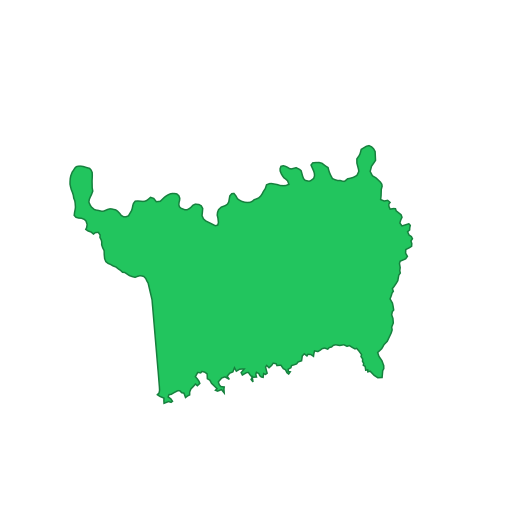 Bituruna, Paraná, Brazil (Natural Earth projection), rotated 329°
{"feature_id": "56859067B61553011926600", "entity_name": "Bituruna", "entity_type": "district", "adm_level": 2, "iso_a3": "BRA", "parent_name": "Brazil", "parent_adm1": "Paraná", "projection": "natural_earth1", "projection_center": [-51.539, -26.148], "detail": "fine", "context": "isolated", "style": "filled", "palette": "green", "viewbox_px": 512, "rotation_deg": 329, "n_neighbors": 0, "source": "geoboundaries", "source_scale": "gbopen_adm2", "svg_char_len": 5726}
<svg xmlns="http://www.w3.org/2000/svg" viewBox="0 0 512 512"><g transform="rotate(329 256 256)"><path d="M190.3,358.0L194.1,360.0L194.9,357.3L196.5,355.9L197.9,358.3L197.6,360.4L198.2,362.4L199.6,363.7L202.0,360.7L203.1,362.4L205.2,362.2L206.0,359.3L207.0,356.1L208.8,355.3L209.6,358.5L213.1,357.8L215.5,356.7L217.8,358.7L217.5,360.7L221.1,362.4L221.4,366.6L222.7,368.8L222.4,371.9L223.2,374.0L225.7,372.9L224.2,371.6L225.3,369.6L228.4,369.7L230.0,368.2L231.9,368.7L235.2,369.4L237.5,368.5L241.1,369.3L244.2,365.5L247.0,364.7L248.2,367.9L249.9,367.0L252.3,368.7L253.6,371.6L255.3,369.5L257.3,367.5L259.8,369.8L262.3,369.8L265.0,369.5L267.5,370.3L269.5,372.8L271.7,372.2L273.9,372.9L276.3,372.4L278.7,373.2L281.6,375.8L285.6,377.3L287.5,380.3L289.9,380.9L291.3,383.7L293.0,386.6L294.7,387.0L295.3,390.4L295.7,394.9L294.2,396.3L294.4,399.2L293.0,401.2L293.1,403.4L291.7,404.9L292.7,406.8L291.2,410.4L293.1,411.1L292.2,412.9L294.5,413.6L295.8,419.2L297.7,423.1L301.5,425.1L302.9,423.2L305.6,419.5L307.5,418.4L309.0,415.8L310.0,410.7L309.7,405.2L310.6,401.4L312.5,401.0L316.0,400.2L317.7,399.3L320.1,397.9L324.6,396.7L332.4,391.5L334.6,389.5L335.7,386.8L339.2,384.1L341.2,380.1L342.0,376.3L344.2,373.9L346.2,373.2L347.7,369.5L348.7,366.6L348.8,361.8L351.5,359.7L353.7,357.7L355.5,357.0L356.1,354.2L358.3,353.4L362.0,351.7L364.8,350.2L368.5,346.0L370.9,344.9L371.7,342.6L373.6,340.2L375.1,336.3L376.8,334.7L380.5,335.2L382.8,335.5L385.6,334.3L385.7,330.6L387.7,327.6L391.9,327.9L394.4,327.8L395.9,325.7L396.6,322.9L399.0,321.8L399.2,319.4L398.0,316.9L398.4,313.3L401.1,312.8L402.3,311.0L404.0,309.2L403.6,307.1L396.6,305.4L396.3,301.8L398.7,299.6L401.1,298.0L401.6,295.3L399.4,289.5L399.9,287.3L398.4,286.2L395.1,284.9L395.5,281.8L396.6,279.9L398.5,279.1L397.5,276.1L394.2,274.9L391.9,271.8L394.2,268.8L397.7,263.4L400.0,261.2L400.8,259.3L400.7,256.7L399.1,250.9L397.1,247.2L397.4,242.3L401.3,238.5L404.5,237.1L407.7,235.6L411.9,227.8L412.0,224.6L411.3,222.0L409.7,219.6L407.1,218.8L401.1,218.8L399.3,220.6L397.8,222.0L396.1,223.1L392.5,224.7L391.4,226.5L390.3,228.4L388.5,234.5L387.7,236.4L384.4,238.7L382.7,238.9L379.8,238.7L377.9,238.2L376.2,237.7L374.3,237.0L370.4,237.6L368.8,236.6L367.0,234.6L365.0,233.5L362.9,231.2L361.4,229.0L361.6,225.0L362.0,222.1L362.6,219.6L363.3,217.3L362.0,214.8L360.3,210.5L358.3,208.4L355.6,206.8L352.6,205.4L350.0,206.4L349.1,213.4L348.5,215.4L347.4,217.5L345.4,219.2L341.9,219.6L340.0,219.3L337.1,216.5L336.6,214.2L337.1,211.5L338.6,206.2L338.0,204.3L335.9,201.0L331.2,199.6L329.8,198.4L328.5,195.9L327.3,194.2L325.9,192.7L323.6,192.0L321.6,193.6L320.5,195.6L320.0,198.6L320.0,201.1L320.2,203.3L321.1,205.4L321.8,207.9L321.1,211.5L317.9,211.0L315.8,209.9L313.1,208.1L311.0,205.7L306.5,201.8L304.8,200.9L301.7,200.4L300.2,201.7L298.7,203.0L295.4,204.6L293.7,205.7L291.0,207.0L288.3,207.6L285.2,207.2L283.4,206.8L281.2,207.2L278.7,207.0L276.2,205.7L274.1,204.2L271.9,201.8L270.5,199.5L269.6,197.4L269.7,194.0L269.3,191.0L267.3,190.1L264.5,191.0L260.5,195.6L258.2,196.9L255.6,197.0L251.4,196.2L247.8,197.0L245.5,198.8L243.8,201.0L242.9,203.9L241.0,208.0L239.1,209.8L236.7,209.1L234.6,205.7L231.0,200.1L230.1,197.2L230.5,193.6L232.5,191.0L234.8,187.8L234.9,184.8L233.6,182.5L230.7,180.3L228.1,180.0L225.3,180.8L223.3,181.0L220.8,180.9L218.8,179.7L216.2,176.3L215.7,174.4L216.2,172.4L217.5,170.6L219.2,168.9L220.4,167.2L220.9,164.5L220.1,162.0L218.6,160.7L216.6,159.4L214.6,158.6L212.1,158.3L209.8,158.3L207.8,158.5L202.1,159.8L198.5,158.1L198.0,154.0L195.8,151.4L193.1,151.9L190.7,152.1L188.9,151.8L187.2,151.0L183.1,148.0L180.7,146.8L178.1,147.8L176.5,149.2L174.4,151.5L172.7,153.0L167.3,155.9L164.7,155.4L162.7,154.2L161.4,151.8L161.1,149.2L160.4,146.2L159.5,144.2L158.0,142.8L156.7,141.5L155.2,140.4L152.9,139.7L148.6,139.1L146.9,138.3L144.5,135.9L142.6,134.3L141.3,132.8L140.1,129.1L140.1,126.7L140.5,123.7L142.3,121.6L144.3,120.1L146.5,118.7L149.5,116.3L150.7,113.2L154.2,107.1L155.9,104.6L157.3,102.4L158.6,100.0L158.9,97.5L158.5,95.2L156.5,93.1L154.1,90.4L151.9,88.6L149.9,87.5L148.0,86.9L146.1,87.3L144.0,88.4L141.7,89.4L138.5,91.9L136.7,93.9L134.9,96.5L133.6,98.6L132.8,100.8L131.9,103.8L131.4,106.9L130.7,109.8L129.6,112.5L129.1,115.4L128.2,117.6L126.4,121.1L125.2,122.7L123.1,125.0L121.1,127.5L121.6,130.1L123.5,132.1L125.8,133.7L127.7,136.2L128.3,138.4L127.5,142.0L125.5,144.4L123.8,145.5L124.9,148.0L127.0,150.6L128.0,153.5L130.3,153.2L133.0,154.5L133.2,157.7L131.8,159.7L131.6,162.5L131.0,164.5L129.5,166.9L128.8,170.1L128.6,173.2L126.6,176.7L124.9,180.3L124.4,183.5L125.4,186.2L127.0,188.3L128.3,190.8L130.3,193.3L131.4,196.3L132.5,198.6L133.2,201.2L135.0,202.5L137.4,207.6L139.3,209.9L141.4,212.0L143.9,212.4L146.4,213.1L148.0,214.4L149.3,215.8L149.9,218.4L149.6,221.4L149.6,223.6L144.3,240.1L142.0,244.7L141.1,246.6L113.8,302.2L112.6,304.7L105.7,318.6L104.2,321.4L102.5,323.4L100.0,324.1L101.4,327.0L103.9,330.4L102.5,332.6L101.3,334.9L106.0,335.7L107.9,337.7L109.6,337.5L109.4,334.4L108.1,331.6L110.0,330.0L112.0,330.9L115.4,330.9L119.7,331.2L121.3,332.3L121.9,334.9L123.6,336.5L122.7,341.0L125.4,340.7L127.6,340.9L129.1,338.4L131.8,336.4L134.6,335.7L138.2,334.6L138.9,337.0L142.2,336.3L142.6,333.9L142.4,331.0L141.9,328.2L146.1,325.8L148.4,327.7L150.2,327.1L152.2,329.1L153.4,331.9L151.1,336.1L152.5,338.7L152.3,342.2L154.3,349.7L152.1,350.2L153.4,352.0L155.4,352.4L157.6,352.7L158.2,357.0L160.0,353.5L161.3,351.9L158.6,349.8L158.2,347.5L158.9,344.5L163.8,342.9L167.1,343.6L169.6,348.0L169.4,344.2L171.4,343.5L173.2,342.9L176.5,343.4L180.0,340.7L179.8,344.6L183.6,344.6L185.9,345.7L187.7,346.8L183.2,348.3L183.0,351.0L187.9,351.1L189.5,351.9L189.7,354.9L190.3,358.0ZM190.3,358.0L188.2,359.3L188.6,362.4L190.3,358.0Z" fill="#22c55e" stroke="#15803d" stroke-width="1.5"/></g></svg>